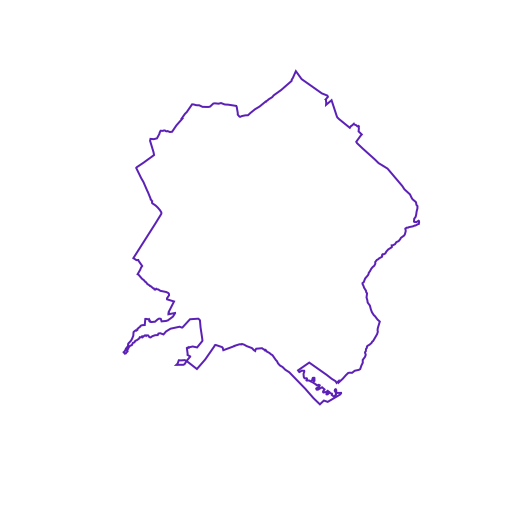 the district of Mogosesti, Iasi, Romania, rotated 327°
{"feature_id": "2599482B56891925911453", "entity_name": "Mogosesti", "entity_type": "district", "adm_level": 2, "iso_a3": "ROU", "parent_name": "Romania", "parent_adm1": "Iasi", "projection": "natural_earth1", "projection_center": [27.481, 47.029], "detail": "fine", "context": "isolated", "style": "outline", "palette": "violet", "viewbox_px": 512, "rotation_deg": 327, "n_neighbors": 0, "source": "geoboundaries", "source_scale": "gbopen_adm2", "svg_char_len": 6131}
<svg xmlns="http://www.w3.org/2000/svg" viewBox="0 0 512 512"><g transform="rotate(327 256 256)"><path d="M411.6,315.0L409.0,314.9L407.6,313.9L407.2,313.2L409.0,310.9L411.2,310.1L412.9,308.5L415.1,306.0L417.3,304.0L418.6,302.1L418.4,300.5L419.3,298.4L419.4,297.6L418.2,293.7L418.2,291.9L418.7,288.2L416.8,280.9L416.8,277.0L413.9,254.3L409.4,244.9L408.3,239.9L404.0,223.9L402.2,216.5L402.3,214.8L409.3,212.1L410.9,211.7L409.9,207.4L411.8,205.0L412.5,203.5L412.9,203.3L412.8,202.8L412.0,202.9L411.6,202.3L411.3,201.0L409.9,198.9L410.0,198.4L407.8,198.8L406.2,198.8L404.5,199.6L400.2,186.4L399.7,184.1L399.8,183.1L404.2,166.5L397.1,167.4L398.4,165.7L399.4,163.6L400.0,162.9L399.8,162.6L403.0,161.7L403.2,160.3L399.8,155.5L390.6,132.5L390.1,122.7L383.8,126.8L382.1,127.5L381.3,128.5L380.8,128.6L367.4,130.5L358.3,130.9L356.2,131.6L351.7,131.5L350.6,131.8L348.4,131.7L348.3,132.0L347.6,131.8L340.4,132.6L335.1,132.4L329.2,133.0L326.0,133.6L323.6,132.2L320.5,131.0L318.4,130.6L318.0,129.8L317.7,127.5L318.6,126.1L321.0,120.5L321.2,119.4L315.2,114.0L312.3,111.9L310.0,108.7L307.6,107.9L304.6,105.5L303.2,104.9L298.8,105.7L297.1,105.0L292.4,101.8L290.4,98.6L288.0,97.0L286.4,95.1L285.0,94.0L276.3,97.6L273.8,98.1L268.6,100.2L269.0,100.7L260.4,103.1L253.3,106.1L251.3,105.1L249.9,103.1L249.1,102.9L248.4,102.2L248.2,101.5L247.3,100.6L246.0,100.3L244.2,99.0L242.3,100.1L241.6,100.9L237.0,103.4L233.8,102.3L231.3,100.3L229.9,101.7L226.6,113.1L225.5,115.8L212.2,116.5L204.2,116.6L203.5,116.9L202.1,128.3L201.9,132.6L200.3,142.1L200.2,143.3L198.8,150.6L198.4,151.3L198.7,152.1L198.6,153.0L198.8,153.5L198.1,154.2L197.7,155.2L199.3,159.0L200.0,161.9L200.4,165.2L200.4,167.5L200.1,168.4L199.6,169.0L198.5,169.6L189.0,174.1L152.0,191.0L153.5,194.4L155.1,195.2L154.9,196.0L155.1,202.4L153.1,203.2L151.5,204.4L146.8,206.8L147.3,207.7L148.0,213.0L148.8,215.2L149.1,217.5L149.5,218.1L149.6,220.3L150.9,223.2L150.8,223.5L151.3,224.1L152.2,227.1L152.7,227.6L152.6,228.8L153.1,229.3L154.4,229.1L154.5,229.6L155.9,230.9L156.8,233.1L161.1,237.3L162.3,239.3L162.3,240.5L161.7,241.6L158.3,243.0L157.8,243.9L162.5,249.5L152.1,255.5L152.0,256.6L151.2,256.6L150.8,257.2L157.1,259.7L157.0,259.9L153.3,261.6L147.0,262.0L145.2,261.5L141.2,259.4L141.9,257.0L141.8,256.7L140.6,255.7L138.9,255.6L135.5,256.1L132.1,254.3L131.3,253.4L131.3,253.1L131.6,252.9L131.1,252.3L131.3,251.9L131.8,251.7L131.9,250.7L131.5,250.7L129.5,248.8L128.9,248.5L125.1,253.3L123.0,252.1L121.4,251.7L119.8,252.3L118.4,252.3L116.6,252.7L116.4,253.3L115.6,253.4L114.9,253.4L114.6,252.8L112.3,253.0L111.8,253.2L109.7,256.0L107.0,257.9L104.9,259.0L101.5,259.8L100.9,260.1L99.6,261.8L96.3,262.9L95.5,263.6L93.5,264.5L92.6,264.6L92.8,266.5L93.9,266.8L94.8,266.3L96.3,266.1L96.5,265.8L96.4,265.2L97.6,264.3L98.3,264.2L98.2,263.4L98.4,263.0L99.9,263.2L101.5,262.7L103.3,263.1L105.5,261.8L107.0,262.2L108.6,261.4L110.0,261.7L112.9,261.6L114.3,260.8L115.1,261.6L116.8,261.3L117.2,261.7L117.0,262.3L119.4,262.0L120.0,262.3L120.3,263.2L121.1,263.0L122.3,263.9L122.4,266.0L123.3,266.9L125.4,266.8L128.3,267.5L130.5,268.8L131.9,267.9L133.6,268.6L135.7,271.4L139.4,270.3L144.7,270.4L153.4,273.7L154.8,275.6L155.3,275.9L166.2,273.1L173.4,277.1L173.9,278.5L173.9,279.5L170.6,285.7L166.0,295.8L165.0,297.8L164.6,298.1L156.8,300.6L153.6,297.4L150.5,296.3L150.2,295.9L149.5,296.4L148.7,295.5L147.9,295.5L145.6,300.4L144.7,301.7L146.1,304.4L145.9,304.6L140.6,306.2L139.5,304.5L136.2,302.7L134.5,301.4L131.6,303.6L129.9,303.9L135.9,307.7L137.2,307.8L140.6,306.3L144.9,318.6L157.1,315.1L172.2,308.9L172.8,308.4L173.7,308.6L177.9,313.9L178.1,314.7L177.3,317.2L188.8,319.8L188.9,319.6L193.9,321.0L195.0,321.6L195.3,322.1L196.3,322.1L197.8,324.0L199.1,326.5L202.3,330.8L202.6,331.7L202.9,333.7L203.6,335.2L204.6,334.3L205.7,333.9L210.8,336.6L211.7,338.8L212.5,339.5L212.2,340.0L212.9,340.3L213.1,340.8L212.8,341.2L212.9,341.8L214.5,344.7L215.0,346.6L215.8,348.1L216.0,354.2L216.3,355.6L216.0,357.9L216.2,359.5L216.5,361.0L217.8,363.5L218.6,367.3L220.6,371.7L225.0,394.1L226.8,406.6L228.8,415.2L234.2,414.2L236.7,417.4L251.1,418.0L252.6,417.5L252.8,417.1L249.6,415.1L249.1,414.5L249.2,413.8L250.3,412.1L250.3,411.1L250.0,411.0L249.5,411.1L248.6,411.9L248.5,414.2L247.7,415.7L244.9,416.5L243.9,413.9L244.6,413.3L244.7,412.8L243.7,411.7L243.5,410.4L240.9,411.0L240.1,410.8L239.8,410.4L240.3,409.7L242.9,408.8L242.7,408.1L240.7,408.2L238.2,407.2L238.1,406.8L238.5,406.1L240.8,405.2L239.9,402.1L235.0,401.8L234.1,401.1L234.2,400.1L234.5,399.9L237.8,400.0L239.0,399.2L238.5,398.2L236.7,397.7L236.4,397.4L236.4,396.6L234.8,393.0L237.1,392.5L238.6,390.1L238.4,389.7L237.3,389.2L236.7,389.5L236.5,389.9L236.7,390.6L236.5,390.9L235.0,390.6L233.7,391.2L232.7,389.3L230.7,388.1L230.6,387.8L231.8,387.0L232.0,386.5L231.9,386.1L230.3,385.2L230.1,384.5L230.2,383.5L231.6,380.8L233.5,379.3L233.9,378.5L231.9,377.1L229.2,377.0L229.0,376.6L229.0,374.8L242.6,374.4L250.5,394.1L252.6,400.2L254.5,404.2L254.5,406.4L257.2,405.9L256.6,407.1L261.9,406.2L266.5,404.9L269.6,404.3L270.7,404.7L273.0,406.3L276.3,406.0L280.2,407.5L281.8,407.6L284.7,405.3L287.4,403.7L288.9,401.3L292.4,400.0L294.0,398.8L294.4,398.2L294.7,396.7L295.0,396.1L296.3,395.6L297.6,393.9L299.0,393.4L299.5,392.6L300.4,392.1L303.2,392.2L305.7,391.8L306.8,391.1L307.9,391.1L315.0,387.5L316.9,385.9L317.5,384.5L318.7,383.0L324.1,378.4L323.3,375.5L323.0,371.2L322.6,369.9L322.6,366.3L323.3,363.2L324.5,359.6L324.3,355.9L325.3,353.7L326.1,351.0L328.8,347.8L328.7,346.5L329.3,345.1L329.4,341.3L329.8,339.9L330.1,337.5L330.6,336.7L332.1,336.6L335.3,334.3L339.4,333.1L340.6,332.4L341.3,331.6L343.3,330.8L345.9,329.4L347.9,328.8L349.9,328.6L351.9,327.4L352.7,326.0L355.2,325.1L356.8,325.3L358.1,325.0L361.1,325.3L361.6,325.0L362.2,323.9L363.0,323.5L363.3,323.5L363.9,324.1L365.9,324.3L367.6,323.3L370.5,322.5L374.3,322.6L374.8,322.5L375.6,321.0L376.3,321.5L379.0,321.8L381.3,320.8L383.6,321.2L385.9,320.5L387.4,319.7L391.3,319.5L392.5,319.0L394.8,317.0L395.7,315.7L396.0,314.5L396.3,314.3L398.1,314.4L398.8,315.0L400.0,315.1L403.7,316.6L405.8,316.9L406.3,317.3L409.0,317.5L410.0,317.8L411.3,316.4L411.7,315.4L411.6,315.0Z" fill="none" stroke="#5b21b6" stroke-width="2"/></g></svg>